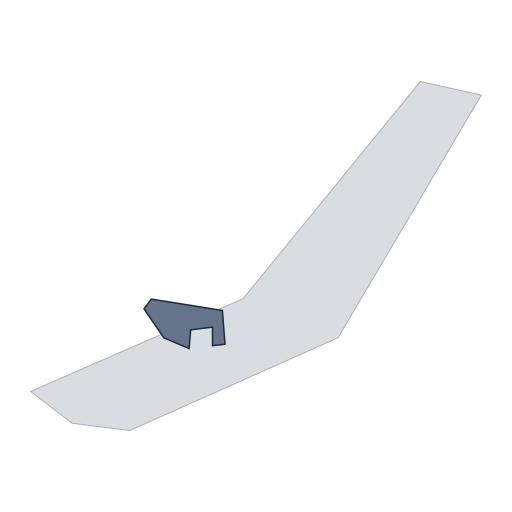 location of Pembroke within Bermuda
{"feature_id": "BMU-5139", "entity_name": "Pembroke", "entity_type": "state/province", "adm_level": 1, "iso_a3": "BMU", "parent_name": "Bermuda", "parent_adm1": "", "projection": "albers", "projection_center": [-64.794, 32.299], "detail": "fine", "context": "in_parent", "style": "filled", "palette": "slate", "viewbox_px": 512, "rotation_deg": 0, "n_neighbors": 0, "source": "natural_earth", "source_scale": "10m", "svg_char_len": 406}
<svg xmlns="http://www.w3.org/2000/svg" viewBox="0 0 512 512"><path d="M338.0,337.7L129.7,430.5L71.9,423.2L30.7,391.4L243.1,298.7L420.3,81.5L481.3,95.1L338.0,337.7Z" fill="#d9dde1" stroke="#a8b0b8" stroke-width="1"/><path d="M189.1,348.5L163.9,337.9L144.0,308.9L151.3,299.1L222.4,310.5L225.0,344.2L212.5,345.7L212.5,327.1L190.7,329.8L189.1,348.5Z" fill="#64748b" stroke="#1e293b" stroke-width="1.5"/></svg>